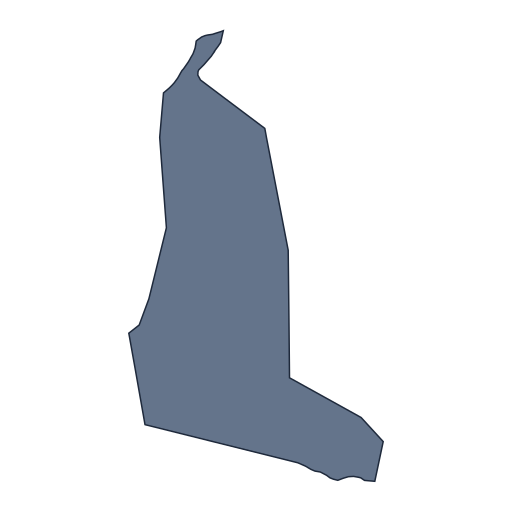 the district of En Bamboo, Vieux Fort, Saint Lucia
{"feature_id": "8701671B91980057323344", "entity_name": "En Bamboo", "entity_type": "district", "adm_level": 2, "iso_a3": "LCA", "parent_name": "Saint Lucia", "parent_adm1": "Vieux Fort", "projection": "mercator", "projection_center": [-60.948, 13.783], "detail": "fine", "context": "isolated", "style": "filled", "palette": "slate", "viewbox_px": 512, "rotation_deg": 0, "n_neighbors": 0, "source": "geoboundaries", "source_scale": "gbopen_adm2", "svg_char_len": 1057}
<svg xmlns="http://www.w3.org/2000/svg" viewBox="0 0 512 512"><path d="M128.8,333.2L135.4,370.1L145.0,424.6L145.6,424.8L297.9,462.8L305.4,466.1L311.0,469.4L315.0,471.1L320.3,472.0L326.6,475.3L329.9,477.8L333.4,479.2L337.8,480.3L343.4,478.2L348.4,476.7L353.6,476.4L358.1,477.2L360.7,477.8L364.5,480.4L374.8,481.3L383.2,441.6L361.1,417.5L289.5,377.8L289.0,324.2L288.2,250.3L266.5,137.7L265.6,132.7L264.8,128.4L223.7,97.5L200.5,80.0L197.8,75.1L197.9,73.7L198.0,71.7L198.7,69.9L204.0,64.6L205.9,62.4L211.3,56.2L212.9,53.8L214.5,51.6L214.3,51.4L218.1,46.3L220.6,42.6L223.3,30.7L221.0,31.6L215.2,33.4L212.5,34.3L207.7,35.0L205.1,35.6L201.6,37.0L200.4,37.9L197.8,39.7L196.2,41.1L195.7,44.6L195.1,48.1L193.7,52.0L193.2,53.3L192.8,54.2L191.8,55.9L190.6,57.9L189.9,59.3L188.3,62.0L183.5,68.9L182.4,70.1L181.9,70.7L181.5,71.4L180.6,72.9L179.4,75.1L177.7,78.1L174.1,83.0L173.8,83.3L172.1,85.2L169.9,87.4L169.5,87.8L166.6,90.3L163.5,92.9L159.7,137.4L161.1,156.5L166.4,227.8L148.9,298.8L139.2,325.0L128.8,333.2Z" fill="#64748b" stroke="#1e293b" stroke-width="1.5"/></svg>